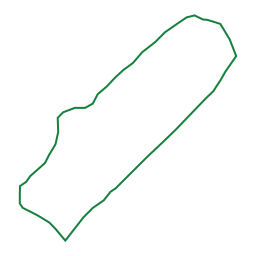 Maneapa, Tuvalu (Robinson projection)
{"feature_id": "33948139B65962219023050", "entity_name": "Maneapa", "entity_type": "district", "adm_level": 2, "iso_a3": "TUV", "parent_name": "Tuvalu", "parent_adm1": "", "projection": "robinson", "projection_center": [178.313, -8.027], "detail": "fine", "context": "isolated", "style": "outline", "palette": "green", "viewbox_px": 256, "rotation_deg": 0, "n_neighbors": 0, "source": "geoboundaries", "source_scale": "gbopen_adm2", "svg_char_len": 718}
<svg xmlns="http://www.w3.org/2000/svg" viewBox="0 0 256 256"><path d="M225.4,71.6L236.2,56.1L229.7,39.4L220.4,24.0L215.0,22.2L207.0,19.8L203.0,19.5L194.5,15.4L186.6,17.4L178.0,23.2L164.9,32.3L155.4,41.9L142.3,52.1L132.9,63.0L123.5,69.9L115.3,77.4L106.5,86.7L97.7,94.2L92.8,103.6L85.1,107.9L74.7,107.9L63.1,112.3L57.7,117.9L58.2,132.1L55.5,144.3L49.1,154.9L45.0,163.0L30.2,176.1L26.4,181.7L20.0,186.1L19.8,194.5L19.8,203.5L22.8,207.9L37.6,215.4L49.4,222.6L55.7,229.1L65.3,240.6L83.5,217.3L92.7,208.0L103.8,200.3L110.6,191.7L115.8,188.2L128.7,175.3L148.4,155.7L161.6,143.3L175.3,130.1L190.6,114.2L197.6,106.9L205.9,98.3L213.5,91.0L216.9,85.6L220.5,80.2L225.4,71.6Z" fill="none" stroke="#15803d" stroke-width="2"/></svg>